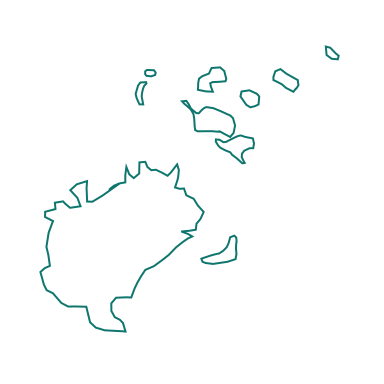 Jindo-gun, South Jeolla, South Korea (Mercator projection), rotated 175°
{"feature_id": "91817680B56099735913612", "entity_name": "Jindo-gun", "entity_type": "district", "adm_level": 2, "iso_a3": "KOR", "parent_name": "South Korea", "parent_adm1": "South Jeolla", "projection": "mercator", "projection_center": [126.119, 34.39], "detail": "fine", "context": "isolated", "style": "outline", "palette": "teal", "viewbox_px": 384, "rotation_deg": 175, "n_neighbors": 0, "source": "geoboundaries", "source_scale": "gbopen_adm2", "svg_char_len": 3077}
<svg xmlns="http://www.w3.org/2000/svg" viewBox="0 0 384 384"><g transform="rotate(175 192 192)"><path d="M331.8,92.8L325.4,88.7L317.8,88.1L307.3,86.9L304.9,71.1L299.7,65.3L290.9,61.8L273.9,59.4L270.4,58.8L272.2,67.6L275.1,71.1L279.8,74.0L282.7,80.5L282.1,88.1L276.9,93.3L266.3,92.8L261.7,92.2L257.6,100.9L254.1,106.8L250.0,112.6L245.3,118.5L236.5,121.4L227.7,126.7L220.7,131.3L212.5,138.4L205.5,143.0L200.3,146.0L195.6,147.7L199.7,150.6L206.1,153.6L197.9,153.6L191.5,154.1L190.3,160.0L186.2,164.1L185.1,165.8L182.1,171.1L187.4,178.1L190.9,185.1L197.9,189.2L199.7,196.2L203.8,196.2L208.5,198.0L205.5,205.0L204.4,208.5L203.2,215.0L204.4,220.8L211.4,213.2L214.9,210.3L220.1,213.8L226.0,217.3L230.7,217.3L234.2,220.8L235.9,226.1L241.8,226.1L243.0,215.0L248.8,210.9L252.9,215.0L255.2,222.6L257.0,214.4L257.6,207.4L264.0,206.8L269.3,205.0L274.5,201.5L263.4,206.8L281.5,196.2L292.1,191.0L297.3,191.6L296.7,205.0L295.6,212.0L306.1,209.7L313.1,204.4L306.7,196.2L304.3,187.5L314.9,186.9L319.5,191.6L321.3,193.9L329.5,193.3L329.5,186.9L340.0,185.1L340.6,179.9L333.0,175.2L338.3,164.1L341.8,150.1L340.6,141.9L340.0,130.8L345.3,129.0L350.0,125.5L347.6,112.6L345.3,106.8L339.4,103.3L331.8,92.8ZM154.8,247.1L149.2,243.5L145.4,247.3L143.3,254.5L144.7,261.9L147.1,264.8L150.4,266.6L155.6,269.6L163.5,273.7L170.2,275.3L171.9,274.9L174.3,273.5L178.5,269.8L180.9,270.3L185.8,275.2L187.6,279.6L189.7,283.3L194.0,283.2L191.9,280.5L189.4,278.0L186.1,274.5L183.8,269.7L183.4,265.1L183.6,257.9L183.5,253.5L181.2,252.0L167.2,250.9L159.1,249.5L160.7,250.0L159.1,250.0L154.8,247.1ZM155.2,230.6L150.4,228.2L148.8,225.5L144.7,221.9L139.4,216.2L137.0,216.4L138.0,218.6L139.4,222.2L138.9,225.8L136.3,228.6L130.8,230.6L127.2,230.3L126.0,234.9L126.7,240.1L129.6,240.9L134.4,242.3L138.2,244.0L139.9,244.0L142.8,243.3L145.4,242.3L149.7,240.6L153.8,238.9L156.4,238.9L160.0,241.6L163.6,242.3L163.9,240.1L161.9,236.1L160.0,233.7L155.2,230.6ZM157.9,143.6L160.0,137.9L162.2,134.0L165.8,130.9L170.1,128.5L175.1,127.8L179.7,126.9L184.7,125.7L188.5,124.7L187.6,121.6L184.7,120.1L177.3,118.5L162.7,119.4L154.5,121.3L153.1,126.4L153.1,131.9L152.6,136.0L151.9,138.8L151.9,142.7L153.6,144.8L157.9,143.6ZM176.6,297.6L177.2,293.3L169.3,291.0L162.5,290.1L163.9,295.0L164.4,298.7L161.9,299.7L155.2,299.4L149.0,299.4L148.0,301.6L149.3,309.7L153.2,313.7L161.7,313.8L164.8,308.5L171.6,306.5L175.1,304.3L176.3,300.2L176.6,297.6ZM98.5,305.0L100.9,299.5L101.1,296.4L97.5,294.3L93.0,291.4L89.4,287.6L82.2,283.0L79.6,285.9L79.1,285.9L76.7,289.0L76.9,294.3L87.5,301.5L93.2,306.7L98.5,305.0ZM133.9,287.8L135.4,283.0L130.3,274.1L126.5,271.3L121.9,272.0L118.1,273.4L116.7,281.3L118.8,284.2L126.0,288.3L133.9,287.8ZM236.4,302.8L239.6,294.7L239.0,290.5L237.9,287.3L236.7,283.9L233.0,283.5L233.8,291.8L232.9,295.8L231.8,299.1L230.4,301.9L228.0,304.0L228.1,305.4L233.9,305.6L236.4,302.8ZM46.0,316.8L41.2,312.5L35.2,311.5L34.0,314.9L36.7,317.5L41.7,323.7L46.0,325.2L46.0,316.8ZM228.1,316.3L228.4,313.5L227.2,311.7L222.6,310.8L218.5,311.8L217.8,314.1L219.2,316.6L226.3,317.5L228.1,316.3Z" fill="none" stroke="#0f766e" stroke-width="2"/></g></svg>